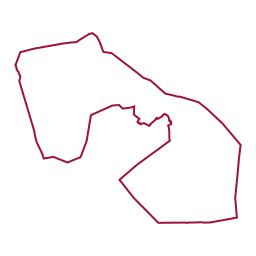 San Andrés Sinaxtla, Oaxaca, Mexico (Equal Earth projection)
{"feature_id": "50627088B95640219067046", "entity_name": "San Andrés Sinaxtla", "entity_type": "district", "adm_level": 2, "iso_a3": "MEX", "parent_name": "Mexico", "parent_adm1": "Oaxaca", "projection": "equal_earth", "projection_center": [-97.298, 17.485], "detail": "fine", "context": "isolated", "style": "outline", "palette": "rose", "viewbox_px": 256, "rotation_deg": 0, "n_neighbors": 0, "source": "geoboundaries", "source_scale": "gbopen_adm2", "svg_char_len": 1492}
<svg xmlns="http://www.w3.org/2000/svg" viewBox="0 0 256 256"><path d="M138.8,74.0L111.7,53.2L103.4,51.9L99.6,41.8L96.9,36.6L92.4,33.1L89.0,34.1L80.0,39.6L76.2,42.3L72.6,42.3L62.4,43.6L34.3,48.6L20.3,52.2L15.4,65.4L15.9,65.9L16.1,66.9L16.3,67.3L16.6,68.3L16.6,69.4L17.8,71.3L18.4,71.6L18.7,72.4L18.9,73.8L19.2,74.2L19.6,74.5L20.1,75.8L20.3,77.3L19.3,80.9L20.3,84.4L28.2,110.8L34.3,131.2L35.0,135.7L36.0,139.7L37.0,142.9L42.1,153.5L43.7,158.5L53.4,156.9L67.5,162.5L80.6,157.1L86.6,141.2L90.9,115.2L112.1,105.6L119.1,105.0L122.6,108.6L131.3,107.5L134.2,106.4L133.9,114.4L135.5,115.9L139.4,118.9L137.6,121.4L137.6,122.1L138.8,123.2L139.8,122.8L140.3,124.2L143.9,123.1L149.0,125.8L150.3,124.8L150.3,124.2L154.6,120.5L156.2,118.4L156.6,118.8L156.9,118.0L158.2,118.7L160.0,117.6L162.2,116.4L162.6,115.2L163.3,114.9L163.7,114.4L164.8,114.0L167.5,115.5L168.1,116.3L169.1,118.7L169.2,120.6L169.9,121.5L170.5,120.9L171.2,121.9L171.3,124.0L168.3,125.4L168.2,125.6L168.3,125.7L168.9,128.1L169.3,131.4L169.3,136.0L169.3,138.1L169.9,140.7L136.9,164.8L119.5,179.8L133.9,198.1L158.3,222.8L184.6,222.6L186.1,222.7L187.5,222.9L188.6,222.5L192.5,222.5L194.4,222.5L197.5,222.3L199.2,222.4L201.7,222.2L204.0,222.7L206.6,222.5L207.1,222.5L209.9,222.5L236.9,217.6L235.2,198.0L237.4,175.9L239.0,158.1L240.6,144.9L222.6,123.6L206.5,108.5L198.7,102.3L198.2,102.1L195.4,101.2L185.8,98.4L184.6,98.1L180.1,96.6L178.7,96.8L165.2,93.5L150.4,80.4L143.3,77.8L138.8,74.0Z" fill="none" stroke="#9f1239" stroke-width="2"/></svg>